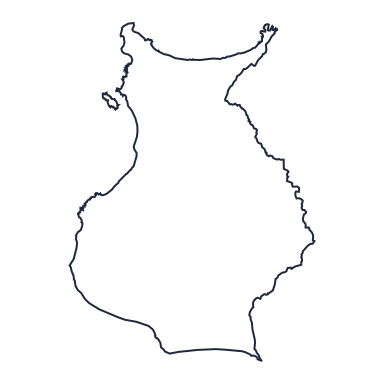 the district of Santa Isabel, Boa Vista, Cabo Verde
{"feature_id": "66160863B6342114798882", "entity_name": "Santa Isabel", "entity_type": "district", "adm_level": 2, "iso_a3": "CPV", "parent_name": "Cabo Verde", "parent_adm1": "Boa Vista", "projection": "robinson", "projection_center": [-22.884, 16.099], "detail": "fine", "context": "isolated", "style": "outline", "palette": "slate", "viewbox_px": 384, "rotation_deg": 0, "n_neighbors": 0, "source": "geoboundaries", "source_scale": "gbopen_adm2", "svg_char_len": 5832}
<svg xmlns="http://www.w3.org/2000/svg" viewBox="0 0 384 384"><path d="M274.7,33.4L274.6,32.1L275.7,30.8L277.0,30.2L276.9,29.2L276.2,29.6L275.6,28.4L274.4,29.9L272.7,30.0L273.0,26.9L272.3,26.1L269.9,30.6L268.6,30.6L267.8,29.8L268.8,24.6L267.4,24.1L264.8,25.2L264.5,26.8L263.8,27.0L263.8,28.4L265.4,30.0L265.3,31.6L263.7,31.6L262.3,30.8L260.7,31.4L260.5,32.9L262.6,34.3L263.0,36.2L262.8,36.8L262.1,36.8L262.6,37.5L262.0,38.1L262.0,41.1L261.4,41.7L259.6,41.8L259.9,43.0L259.3,43.4L258.5,43.0L258.4,43.9L255.2,47.6L253.2,48.1L250.6,49.9L245.1,52.3L241.1,53.4L238.0,53.4L236.2,54.4L229.6,56.5L227.3,56.6L225.3,57.9L223.2,57.8L220.4,59.0L213.2,58.5L200.2,60.0L193.4,59.8L192.9,59.3L191.9,60.0L189.7,59.5L188.0,60.0L175.3,58.2L169.2,55.3L163.9,54.1L159.3,51.9L158.7,50.9L158.4,51.3L156.9,50.6L154.0,48.4L151.5,45.3L151.7,44.5L150.9,43.8L152.3,41.4L151.4,40.8L151.5,40.1L150.4,39.7L149.4,40.2L148.6,39.2L147.7,39.0L146.9,40.0L145.1,40.4L144.5,38.6L138.3,33.1L134.5,31.9L133.2,31.0L132.3,29.4L134.0,25.6L133.6,23.0L128.2,23.7L123.5,26.2L121.9,28.1L122.0,29.5L120.5,35.4L121.0,36.4L122.7,36.0L123.7,37.1L124.5,42.5L123.5,45.8L121.4,48.5L121.7,50.3L122.4,51.9L124.2,53.4L128.3,54.5L131.1,56.5L132.3,59.9L131.2,63.6L130.1,64.0L129.1,63.5L127.7,64.4L127.5,65.2L126.5,65.4L127.0,65.4L126.3,65.8L127.0,66.1L126.6,66.6L127.1,66.6L126.6,66.9L127.4,66.9L126.2,67.4L124.8,69.4L125.5,69.4L125.3,69.8L126.2,69.3L125.9,69.9L126.6,69.8L125.9,71.3L126.6,71.1L126.4,71.7L127.2,71.7L127.6,72.5L126.3,73.8L126.5,76.3L125.9,76.2L124.9,77.2L123.8,76.4L123.1,76.7L122.9,76.8L123.3,79.2L122.2,79.4L123.3,80.7L123.8,82.7L122.7,85.6L121.6,86.5L121.8,87.4L121.3,88.5L120.1,89.3L117.1,88.3L116.7,89.3L117.6,90.3L115.4,91.3L118.9,90.8L119.4,91.8L120.3,92.2L121.1,94.6L122.6,94.5L123.3,95.2L123.2,95.7L124.3,94.8L125.6,95.7L126.3,97.4L125.9,99.0L127.4,101.8L128.0,105.8L131.9,110.8L135.4,118.3L137.3,125.6L137.5,131.8L136.9,136.9L133.7,146.6L134.4,149.5L136.6,152.9L136.5,156.5L133.5,166.6L132.4,167.3L130.8,170.0L129.8,170.4L127.1,173.6L126.1,174.0L119.0,181.2L118.3,182.9L114.7,186.0L111.7,189.8L106.5,193.9L103.1,195.2L101.2,195.1L100.3,193.4L98.6,194.5L97.2,193.1L95.8,193.2L95.3,194.0L96.0,194.1L96.0,194.8L95.4,196.1L94.5,197.0L93.1,196.8L90.9,197.5L91.0,198.2L90.2,198.4L90.1,199.5L88.7,199.6L87.4,200.8L87.0,201.8L86.6,201.6L85.5,202.9L85.5,204.1L84.9,203.8L84.7,203.9L85.3,205.0L84.5,205.2L84.7,206.5L83.1,206.3L83.2,207.9L82.2,207.8L82.8,208.6L83.0,210.0L81.7,209.2L81.3,209.6L80.4,208.7L80.4,211.6L79.4,212.1L79.6,212.5L79.0,212.8L79.1,213.2L78.4,213.1L77.9,213.5L79.1,217.3L80.0,217.6L81.5,219.6L81.9,221.9L81.5,222.2L82.5,223.2L82.2,225.8L80.9,229.9L77.9,232.2L75.9,235.5L76.4,236.7L75.8,238.4L77.1,242.9L76.5,248.0L73.7,259.0L69.6,265.5L70.7,267.1L71.6,271.1L73.6,276.0L73.9,279.4L74.8,280.7L75.6,286.2L77.9,290.2L81.2,293.0L85.1,299.1L89.2,303.2L99.4,309.4L118.4,317.4L125.1,319.8L136.4,321.8L148.7,326.0L152.9,329.6L154.8,333.2L155.4,335.3L154.9,335.9L156.3,338.2L157.1,338.1L158.5,339.6L160.4,342.9L161.0,347.3L163.8,349.7L164.9,351.5L169.7,353.6L178.5,351.9L197.9,349.9L215.9,349.1L226.5,349.8L241.8,351.2L245.4,352.2L250.5,354.7L251.3,355.9L253.0,355.5L255.7,356.4L257.2,357.5L257.6,359.3L262.0,361.0L259.8,358.4L258.7,355.2L256.8,352.8L255.8,350.4L254.4,348.9L255.1,342.3L254.7,339.2L252.4,329.0L252.0,323.2L250.5,318.8L250.7,317.2L249.3,315.0L250.0,311.8L252.1,308.3L253.3,307.4L253.0,303.2L253.7,301.0L255.9,298.5L257.6,297.7L260.4,298.8L261.2,296.4L263.8,294.4L264.7,294.1L265.9,294.8L267.8,294.3L268.0,293.2L268.8,293.3L272.9,290.4L274.9,284.0L275.6,279.0L277.3,277.8L278.5,275.3L282.2,272.7L284.8,272.2L286.3,271.3L287.7,268.0L290.9,267.6L291.5,268.8L295.1,266.5L301.3,264.8L301.3,261.9L302.0,261.2L302.0,260.5L301.9,258.2L301.2,257.4L301.8,255.7L301.4,254.6L302.6,253.2L302.7,251.4L307.9,245.6L310.7,243.8L312.6,243.8L314.4,241.1L312.8,240.3L313.2,235.5L311.9,232.5L309.4,229.6L309.2,228.0L308.6,227.5L305.6,227.5L305.6,224.0L303.2,221.0L302.9,218.6L303.5,216.0L304.0,214.5L305.9,213.0L306.2,212.0L304.4,210.0L302.5,209.9L301.5,207.7L302.2,206.2L301.6,204.1L302.4,202.9L302.7,200.5L300.9,198.9L299.0,198.3L296.6,198.4L295.5,196.1L295.3,192.8L296.0,191.5L298.9,191.8L299.2,188.0L297.1,186.5L292.8,186.7L292.1,185.2L292.2,183.4L291.5,182.6L287.1,181.1L287.3,177.6L288.2,176.7L287.3,176.1L287.0,173.9L288.5,171.8L287.5,170.6L283.8,168.8L283.7,159.7L280.4,159.7L278.9,159.0L277.3,159.5L275.6,159.2L273.1,157.9L272.5,156.3L269.8,155.5L268.7,156.2L266.7,154.9L266.6,153.0L265.9,152.9L265.3,151.9L265.6,151.3L264.2,148.7L262.3,147.4L261.2,143.8L258.6,143.0L257.4,141.4L256.4,138.3L255.2,137.0L256.8,133.9L256.3,132.5L257.0,130.4L256.5,129.2L254.0,128.4L252.6,125.1L251.1,124.6L250.3,123.7L250.0,122.7L250.3,122.0L248.5,121.1L248.7,120.3L249.2,120.2L249.0,119.2L248.1,118.2L247.5,115.6L246.5,114.9L245.5,111.4L243.1,108.9L241.9,108.6L241.8,107.8L240.6,107.2L239.7,104.9L238.0,105.0L237.5,105.7L235.1,103.6L234.4,104.2L232.4,104.7L231.2,104.1L229.7,104.3L227.3,101.0L225.4,100.7L225.1,99.4L227.7,93.1L228.0,90.6L230.4,86.6L232.2,85.4L233.8,82.0L236.1,79.6L237.1,76.1L239.4,74.9L241.5,72.7L243.8,69.0L245.2,69.1L247.0,68.1L251.4,63.9L253.9,65.8L255.1,65.7L258.2,60.0L262.0,56.3L262.9,54.0L263.9,53.9L265.9,52.2L266.4,49.6L265.9,44.5L269.0,41.3L271.6,36.5L274.7,33.4ZM105.4,93.3L104.7,93.7L103.3,93.4L102.7,93.7L102.9,97.7L103.6,98.5L104.5,98.3L105.8,100.1L106.3,99.7L106.9,100.3L108.0,100.3L107.6,102.3L109.1,106.2L110.3,107.2L110.5,106.3L111.3,106.0L111.9,106.7L113.0,106.7L113.1,107.5L113.9,107.4L115.0,108.2L115.0,108.9L115.9,108.6L115.9,109.3L117.5,108.1L117.8,107.5L117.2,105.9L118.6,104.9L117.5,104.6L116.7,102.4L115.6,100.4L114.8,100.2L114.4,99.0L111.8,98.9L111.0,98.1L111.0,97.2L109.9,96.7L109.5,95.7L108.0,95.4L107.2,94.2L106.1,94.4L105.9,93.6L105.4,94.1L105.7,93.6L105.3,93.8L105.4,93.3Z" fill="none" stroke="#1e293b" stroke-width="2"/></svg>